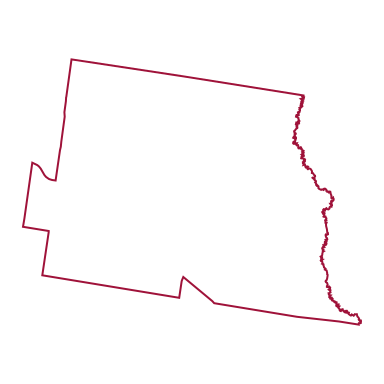 Monash, Victoria, Australia
{"feature_id": "25037944B65284638011134", "entity_name": "Monash", "entity_type": "district", "adm_level": 2, "iso_a3": "AUS", "parent_name": "Australia", "parent_adm1": "Victoria", "projection": "equal_earth", "projection_center": [145.196, -37.897], "detail": "fine", "context": "isolated", "style": "outline", "palette": "rose", "viewbox_px": 384, "rotation_deg": 0, "n_neighbors": 0, "source": "geoboundaries", "source_scale": "gbopen_adm2", "svg_char_len": 6051}
<svg xmlns="http://www.w3.org/2000/svg" viewBox="0 0 384 384"><path d="M64.4,112.2L64.7,116.7L61.3,141.7L60.8,146.8L60.0,150.1L55.6,180.5L52.1,180.0L49.5,179.2L48.8,178.9L46.0,176.9L44.4,175.0L40.7,168.6L38.9,166.4L37.3,165.1L32.3,162.7L24.4,218.5L23.0,226.8L48.7,231.0L48.7,232.1L42.3,275.3L179.2,297.8L181.6,281.6L181.8,280.7L183.3,277.0L212.3,301.1L214.2,303.2L297.0,316.8L339.1,321.5L358.7,324.6L358.6,324.1L358.8,323.2L360.5,323.2L360.9,322.9L360.7,322.0L361.0,321.4L360.9,320.5L360.6,320.5L360.0,321.2L358.9,319.9L358.8,319.7L359.3,319.3L358.5,317.6L357.4,316.5L356.8,314.2L355.8,314.4L354.8,314.2L353.7,315.7L351.8,314.5L351.3,315.4L350.7,315.5L348.6,314.0L348.5,313.6L348.8,312.8L347.5,312.8L347.5,311.7L346.9,310.8L346.6,310.8L346.5,312.2L346.0,312.6L345.5,312.5L345.4,311.3L345.0,311.0L344.2,311.8L342.8,310.3L342.8,309.4L342.7,309.2L341.9,309.4L340.9,311.1L340.3,311.0L339.8,310.3L340.5,309.6L339.6,309.3L338.3,307.7L339.2,306.5L337.1,306.4L336.5,306.2L336.2,305.7L336.3,305.3L336.7,305.1L338.4,305.1L338.6,304.8L338.6,304.4L337.5,304.5L336.2,303.7L336.1,303.2L336.6,302.6L336.6,302.3L335.5,302.0L334.6,302.3L334.3,302.0L334.5,301.3L332.1,300.5L331.4,299.3L332.6,298.8L331.6,297.5L331.2,297.5L330.5,298.4L330.2,298.5L329.9,297.8L329.2,297.1L329.4,296.4L330.6,295.3L329.2,295.0L328.8,294.4L328.6,293.2L329.4,293.1L330.5,292.4L330.1,291.1L330.5,290.3L330.4,290.0L328.9,289.8L328.7,289.6L330.0,288.7L330.2,287.6L329.3,286.6L328.4,287.2L326.9,286.9L326.9,286.1L327.7,285.0L327.2,283.2L327.0,282.8L326.0,282.2L325.6,281.5L325.8,280.7L326.2,280.5L326.6,280.1L327.1,278.7L327.6,275.6L327.6,274.7L327.1,274.2L327.2,273.1L326.6,270.5L324.9,269.6L325.5,268.7L324.0,267.4L323.9,266.3L323.4,265.5L323.5,264.4L322.2,263.8L322.7,263.3L322.3,262.4L322.2,261.4L321.0,261.0L320.8,260.6L322.4,259.5L321.4,259.3L321.1,259.0L321.3,258.5L322.1,257.9L322.1,257.1L321.8,256.9L320.9,257.1L320.6,256.6L321.5,256.1L322.1,255.3L322.3,254.7L322.3,253.7L322.8,251.8L323.8,251.2L322.8,250.7L323.4,249.5L322.7,249.3L322.2,248.7L322.2,248.2L322.8,247.2L323.2,247.3L324.3,247.0L323.8,246.4L323.4,245.1L324.3,245.1L324.8,244.5L325.7,245.0L325.9,244.9L326.4,244.0L326.5,243.3L326.2,243.1L325.2,244.1L324.8,244.0L324.7,243.8L324.9,241.7L325.2,241.5L325.8,241.9L326.2,241.8L326.6,241.2L325.8,240.4L325.6,239.9L327.0,239.8L327.3,239.4L327.0,238.1L326.3,237.7L325.7,235.9L325.6,234.9L326.0,234.3L326.3,234.4L326.7,234.9L328.0,234.3L327.9,232.9L327.3,232.5L326.9,229.1L326.1,226.0L326.0,224.0L326.5,222.9L325.4,222.7L325.5,221.6L325.1,220.4L325.4,219.9L326.1,220.3L326.4,220.3L326.2,219.6L326.4,218.3L325.8,217.5L325.5,216.6L324.1,216.9L323.7,216.7L324.5,216.0L323.9,214.9L324.6,213.7L324.5,213.0L324.2,212.9L323.1,213.8L322.2,212.1L322.5,211.9L323.1,212.2L323.4,211.8L323.5,211.4L323.1,210.1L323.2,209.7L323.8,209.1L324.1,209.2L324.4,210.3L324.9,210.6L325.1,210.2L325.0,209.4L326.2,208.3L326.4,208.2L326.9,209.1L328.5,209.4L329.5,208.5L329.5,207.4L329.9,206.9L330.5,206.6L331.4,206.7L331.4,206.2L332.0,205.5L332.0,205.3L330.8,204.6L330.3,203.8L331.6,203.8L331.0,201.9L331.2,201.0L331.5,200.8L331.7,201.8L332.0,201.8L333.5,200.2L333.7,199.0L333.3,198.5L333.1,197.5L332.0,198.2L331.7,198.2L331.3,197.9L331.5,196.9L331.3,196.1L331.4,195.3L330.9,194.6L330.3,191.7L329.7,191.6L329.5,192.3L329.0,192.6L328.2,191.6L327.3,191.8L327.1,191.1L326.3,190.8L326.4,190.0L326.3,189.6L324.9,188.6L324.0,188.8L323.8,189.8L323.5,190.0L322.7,189.4L321.9,189.4L321.5,189.8L321.0,189.8L319.0,188.8L318.4,188.1L318.6,187.0L318.0,186.4L316.9,185.9L316.1,184.9L316.1,184.6L316.8,184.7L316.3,184.2L316.1,183.4L315.2,182.5L315.9,181.8L316.0,181.2L315.6,180.7L314.7,180.3L314.6,178.7L314.3,178.5L313.6,178.8L312.5,177.8L312.7,177.6L314.2,177.6L315.1,176.5L315.0,175.6L314.1,175.0L313.0,173.2L311.9,173.0L312.0,171.2L310.8,169.2L310.2,168.8L308.7,168.3L308.0,169.2L307.8,169.2L307.2,168.4L307.3,167.8L307.0,167.5L307.8,166.6L307.2,166.4L305.7,167.3L305.3,166.6L305.4,166.0L304.9,164.5L303.6,164.9L304.0,164.0L303.1,163.6L302.9,163.3L302.9,162.7L303.7,163.3L303.6,162.7L304.2,162.1L304.0,161.2L304.9,161.2L304.9,160.4L305.1,159.8L304.8,159.3L304.4,159.9L303.8,160.0L303.6,159.0L302.9,158.3L302.4,158.1L301.5,158.4L301.2,158.3L301.6,156.4L302.0,155.9L302.3,155.8L302.6,156.6L303.9,155.9L303.8,155.4L302.8,155.4L301.8,154.6L303.0,154.2L302.5,153.4L303.7,152.8L303.7,152.5L303.3,152.1L302.3,152.1L302.1,151.9L302.5,151.5L303.4,151.3L303.6,150.8L301.8,149.8L301.8,148.9L301.4,148.6L301.1,147.5L300.8,147.2L300.5,147.4L300.5,148.2L300.3,148.5L299.3,147.8L298.8,148.4L298.5,148.3L298.2,147.6L298.4,146.5L298.1,145.2L296.8,145.4L296.3,144.8L296.8,143.5L296.0,143.8L295.7,143.1L295.0,143.3L295.0,143.8L293.6,143.8L293.4,143.6L293.9,143.2L293.5,143.1L293.2,142.6L293.3,142.1L293.8,141.6L294.3,141.6L294.6,142.2L295.1,141.8L294.9,141.1L295.4,140.3L295.2,139.8L296.0,138.7L296.0,137.6L295.7,137.2L295.3,137.3L294.9,138.6L293.2,137.8L293.6,137.0L294.9,135.8L294.5,135.0L294.6,134.7L295.6,134.1L295.8,133.8L295.5,133.2L294.6,133.3L294.1,131.2L294.9,130.7L295.4,129.7L296.6,128.4L297.2,128.2L297.4,127.8L297.2,127.2L296.6,126.8L297.4,125.9L297.3,124.9L297.1,124.7L296.7,125.1L296.4,125.1L295.4,123.9L296.2,124.3L296.8,124.0L296.7,123.7L296.1,123.3L296.3,122.6L298.8,123.6L299.1,123.2L298.9,122.2L298.1,122.6L297.6,122.3L297.7,121.8L299.3,120.9L299.1,120.7L298.4,120.8L298.8,119.7L298.4,118.9L298.5,118.1L296.7,116.9L296.0,116.7L296.3,115.3L296.5,115.0L297.1,114.9L297.3,115.7L298.4,115.4L298.8,115.1L298.4,113.5L299.0,112.7L298.6,112.7L298.1,113.1L297.9,112.8L297.9,112.3L299.0,111.7L300.0,110.5L300.0,109.8L299.4,109.2L300.1,108.5L299.6,107.8L301.2,107.3L302.4,106.2L302.3,105.9L301.6,106.0L301.1,106.2L300.7,106.7L300.5,105.7L300.7,105.3L301.3,104.7L302.1,104.3L302.8,102.7L302.7,102.4L302.4,102.3L301.2,102.8L301.5,101.9L303.1,100.9L302.9,100.7L301.9,100.7L302.1,100.4L302.7,100.1L302.7,99.5L301.6,99.4L300.9,98.9L302.6,98.4L303.7,98.7L304.0,97.4L303.7,97.4L303.2,97.9L302.1,96.3L302.6,96.0L304.4,95.6L183.6,76.4L71.5,59.4L66.3,96.9L66.1,97.4L65.9,101.2L64.4,112.2Z" fill="none" stroke="#9f1239" stroke-width="2"/></svg>